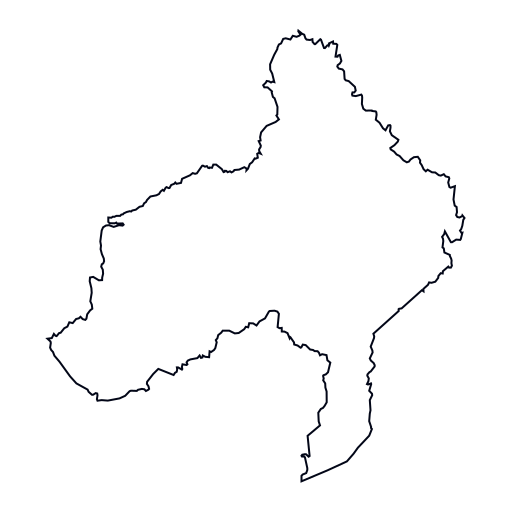 the district of Teotlalco, Puebla, Mexico
{"feature_id": "50627088B33545228853409", "entity_name": "Teotlalco", "entity_type": "district", "adm_level": 2, "iso_a3": "MEX", "parent_name": "Mexico", "parent_adm1": "Puebla", "projection": "equal_earth", "projection_center": [-98.836, 18.449], "detail": "fine", "context": "isolated", "style": "outline", "palette": "ink", "viewbox_px": 512, "rotation_deg": 0, "n_neighbors": 0, "source": "geoboundaries", "source_scale": "gbopen_adm2", "svg_char_len": 6004}
<svg xmlns="http://www.w3.org/2000/svg" viewBox="0 0 512 512"><path d="M337.3,44.9L336.4,43.9L333.2,43.7L333.0,41.5L329.0,43.4L329.3,44.3L328.8,45.6L328.5,45.0L327.3,45.4L324.9,48.1L324.0,48.0L321.0,39.7L320.3,39.2L315.3,44.1L314.5,44.1L312.6,41.9L312.4,39.2L310.0,40.0L306.6,39.6L305.5,38.4L304.2,34.7L302.2,33.8L298.4,30.7L298.3,31.3L300.5,34.7L299.3,35.7L296.6,36.8L292.8,35.8L290.4,39.5L285.7,38.3L283.2,38.9L281.1,43.4L278.9,44.5L277.5,47.5L277.3,49.1L274.2,54.8L270.1,64.3L270.2,69.7L272.2,73.6L274.3,82.1L272.6,81.6L271.0,82.5L269.2,81.4L266.7,81.0L265.8,82.7L263.2,85.2L264.3,87.3L267.6,87.4L272.0,91.4L271.7,92.4L272.9,96.9L274.6,98.3L277.5,106.9L277.3,114.5L276.4,115.5L278.9,119.4L275.6,122.0L266.6,125.9L261.1,132.4L260.1,137.2L260.6,140.5L258.7,141.1L260.8,145.6L260.6,147.0L259.1,149.4L259.2,151.1L260.7,153.7L258.7,152.9L257.2,153.8L257.8,157.7L255.5,158.7L254.7,158.4L252.1,162.3L249.8,164.0L248.0,168.7L246.5,170.3L246.7,168.6L244.3,167.2L239.1,169.6L234.4,170.0L233.5,171.3L231.5,172.4L230.0,171.3L227.6,172.2L226.3,170.9L224.9,170.8L224.6,171.8L223.6,172.1L221.8,169.1L216.2,164.6L213.3,164.6L212.0,167.8L209.7,167.5L209.3,168.1L208.2,167.9L206.9,166.1L205.0,166.7L202.9,165.6L202.1,165.8L196.9,173.3L195.1,173.8L192.7,173.1L190.0,175.3L182.1,178.8L181.0,182.9L176.5,183.8L175.3,182.5L174.2,183.8L171.2,185.0L169.5,188.0L168.6,188.1L166.5,187.1L165.6,187.8L163.9,190.8L162.7,189.8L160.7,191.4L159.0,194.0L156.4,195.3L150.4,196.5L147.1,199.9L145.9,202.1L144.1,203.3L142.8,206.0L139.5,206.8L135.8,209.7L132.2,210.5L131.2,211.5L129.8,211.2L126.7,212.0L123.7,213.4L123.0,214.3L121.3,214.6L120.1,215.9L116.3,215.9L114.4,216.8L112.8,216.7L111.4,217.7L108.3,217.5L108.3,221.9L109.6,223.2L114.7,223.3L116.3,222.6L117.0,223.6L122.7,223.4L123.6,224.7L122.6,225.6L119.0,225.2L113.7,226.9L109.0,225.2L106.0,225.5L103.1,227.3L101.7,230.5L100.3,241.5L101.0,245.5L100.6,249.2L101.9,254.1L103.8,258.5L104.1,261.2L103.2,263.4L101.8,264.3L101.2,266.7L102.8,269.7L103.1,273.7L102.2,277.5L102.1,280.1L98.9,280.3L93.2,276.9L90.0,277.5L89.7,281.2L91.4,288.2L91.7,292.8L90.3,301.3L91.8,304.6L92.3,308.7L90.1,310.4L87.2,314.3L86.4,318.7L85.3,319.9L82.7,319.1L80.5,316.8L78.9,318.3L76.1,319.0L72.7,323.1L69.3,322.3L67.4,326.6L64.3,328.2L60.6,332.8L59.2,333.0L56.6,336.1L55.5,335.8L53.9,333.9L51.8,338.1L47.5,338.7L50.5,341.5L50.8,343.0L50.1,347.6L51.1,349.9L53.0,352.0L54.4,355.7L59.5,361.7L70.1,376.4L76.4,383.4L87.6,389.6L88.6,391.8L92.0,394.8L93.2,394.7L95.7,393.1L97.2,393.5L97.5,395.2L96.9,399.2L97.5,400.7L101.6,400.1L107.8,400.6L119.5,398.4L125.2,395.8L129.6,391.2L131.0,390.7L136.8,390.9L138.0,389.8L141.9,388.9L144.4,389.3L145.9,391.0L148.4,389.7L149.1,388.9L148.5,386.3L146.9,383.9L147.1,381.8L153.2,374.0L158.3,368.9L173.6,375.0L175.0,372.8L176.7,371.8L177.2,369.3L176.9,367.4L178.1,367.4L181.9,369.6L182.3,369.0L181.9,366.9L182.5,364.3L186.6,365.0L187.4,364.3L186.6,362.3L187.8,360.6L190.4,359.4L197.4,358.1L199.6,355.5L201.0,357.9L202.4,357.5L202.8,355.5L205.3,356.8L209.1,357.2L209.6,351.3L211.1,352.0L214.0,350.0L215.3,348.1L216.7,342.3L215.8,340.1L217.4,338.3L218.2,335.1L221.2,332.7L222.7,330.7L229.3,330.7L234.8,333.4L238.7,333.0L244.2,329.2L245.8,326.8L248.2,327.3L249.2,323.2L253.2,323.4L256.5,325.5L259.5,321.4L265.0,318.4L268.9,311.6L269.7,311.0L274.5,310.7L277.4,311.6L278.9,313.8L277.6,327.1L279.5,328.2L281.7,327.9L281.8,331.5L284.5,331.6L287.5,333.1L289.6,338.2L290.1,337.0L290.4,337.2L294.0,342.4L294.2,344.5L297.6,345.5L300.6,347.7L301.3,347.4L302.8,344.6L305.7,345.1L310.1,349.5L313.1,350.0L314.6,351.1L317.6,351.2L319.0,352.8L320.0,355.3L322.1,354.2L326.5,355.1L327.4,360.3L330.3,362.6L328.0,372.3L325.8,374.4L323.5,375.2L323.1,375.9L323.7,378.5L323.2,380.3L325.2,383.4L325.4,387.6L326.6,391.5L326.7,402.3L324.6,405.9L323.0,407.9L320.8,409.0L318.3,412.7L318.7,421.4L320.0,425.4L307.6,435.8L309.6,456.0L308.6,456.7L306.1,454.3L304.9,454.2L302.3,454.7L301.5,455.7L301.9,456.5L304.4,456.6L305.0,457.6L307.3,468.1L307.3,470.0L306.2,473.1L302.7,474.5L301.5,475.8L301.5,481.3L327.6,470.3L346.9,461.4L353.5,453.8L357.9,447.7L369.2,435.7L371.9,429.0L371.0,427.9L371.1,426.9L369.2,421.2L369.8,413.6L370.5,410.3L369.8,400.1L372.2,395.2L372.0,393.7L369.2,390.8L371.2,384.1L371.0,383.4L368.0,384.5L367.0,384.1L368.4,381.2L368.8,378.4L367.3,375.7L367.5,374.4L369.5,372.1L370.7,371.5L374.6,366.5L374.7,365.2L373.7,363.1L370.8,360.5L369.8,358.4L372.6,352.5L372.4,350.6L370.7,346.6L374.0,338.1L374.2,336.4L373.4,333.7L398.7,311.0L398.6,309.2L399.0,308.8L401.6,308.4L421.9,290.2L423.5,291.3L423.4,288.9L428.0,284.8L429.1,282.4L431.5,282.8L435.3,281.7L438.2,277.9L438.4,276.0L440.7,273.2L442.7,273.5L442.9,271.2L448.3,266.6L449.0,267.6L450.9,267.6L451.9,265.7L451.4,263.2L451.6,260.5L451.1,258.5L449.9,256.1L449.8,254.9L444.4,252.5L443.8,248.4L442.5,247.4L443.3,241.0L443.0,238.7L442.1,236.9L444.2,234.1L444.9,231.4L450.9,242.2L452.1,242.2L456.2,239.6L460.2,239.9L460.8,239.0L462.4,232.7L461.5,232.9L460.0,230.6L461.2,229.1L462.3,225.8L463.3,219.8L464.5,218.0L462.4,215.4L462.2,216.1L459.5,217.5L457.3,217.0L456.1,215.1L457.0,212.2L456.6,207.0L454.7,205.6L453.5,199.5L454.9,186.2L450.6,187.7L449.4,187.0L448.2,182.5L449.3,178.4L448.8,177.2L445.6,176.4L443.8,174.2L440.8,175.6L438.8,175.2L435.3,172.5L432.0,172.3L427.6,169.7L425.8,171.3L423.6,169.2L421.7,165.1L420.0,162.7L420.2,160.3L417.8,156.8L413.9,157.2L410.5,159.5L408.9,161.6L406.8,162.3L403.4,160.3L399.6,156.0L396.6,154.5L394.1,151.6L390.7,149.4L390.3,148.0L394.4,145.2L397.8,141.6L398.4,139.8L391.8,135.2L389.9,131.3L390.5,127.6L390.5,125.7L390.0,125.1L388.2,125.4L385.5,130.3L383.0,128.3L379.5,122.7L375.8,119.7L376.6,114.8L376.3,112.2L375.7,111.4L372.1,111.0L371.8,110.5L365.8,110.6L363.3,108.7L361.9,104.0L362.2,97.6L362.0,95.7L361.3,94.6L355.8,96.1L352.4,95.6L352.0,94.2L352.5,92.4L354.3,92.4L355.7,90.6L354.9,86.8L348.7,81.1L345.7,80.3L344.6,78.9L344.1,71.3L342.5,69.4L338.8,68.6L337.3,66.6L337.7,65.1L339.9,63.5L341.4,60.9L339.8,54.9L338.1,55.5L337.5,56.7L335.5,56.6L337.3,44.9Z" fill="none" stroke="#020617" stroke-width="2"/></svg>